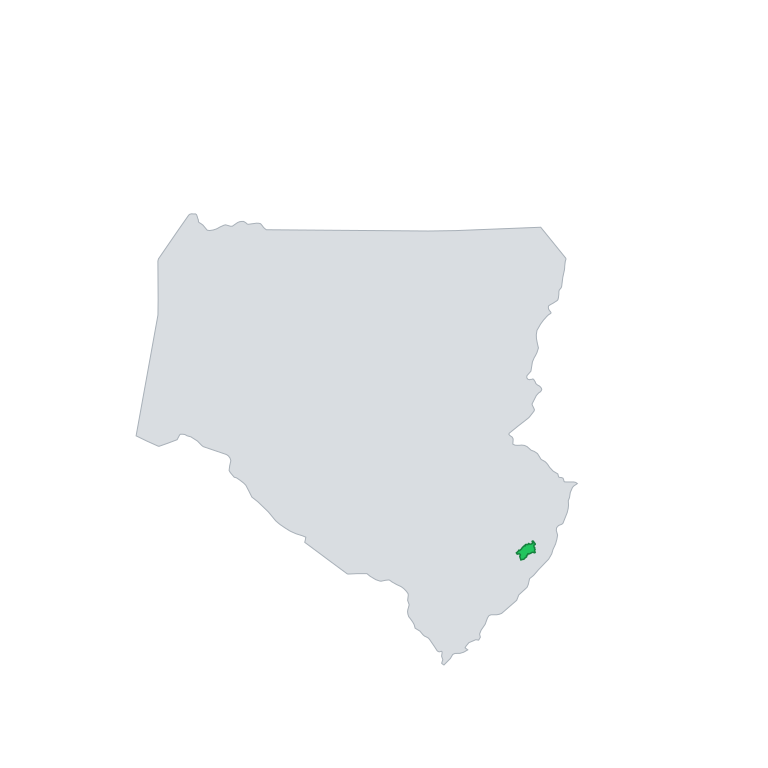 location of Tissemsilt within Algeria, rotated 139°
{"feature_id": "DZA-2206", "entity_name": "Tissemsilt", "entity_type": "Province", "adm_level": 1, "iso_a3": "DZA", "parent_name": "Algeria", "parent_adm1": "", "projection": "equal_earth", "projection_center": [1.694, 35.775], "detail": "fine", "context": "in_parent", "style": "filled", "palette": "green", "viewbox_px": 768, "rotation_deg": 139, "n_neighbors": 0, "source": "natural_earth", "source_scale": "10m", "svg_char_len": 5261}
<svg xmlns="http://www.w3.org/2000/svg" viewBox="0 0 768 768"><g transform="rotate(139 384 384)"><path d="M523.1,132.6L523.5,134.0L523.7,135.4L521.8,136.6L520.5,137.3L519.1,140.8L516.4,143.1L515.9,143.8L515.9,144.5L517.9,145.5L518.6,146.5L518.9,147.9L518.2,152.7L517.2,161.3L517.2,163.1L518.0,165.4L518.8,167.1L519.1,169.1L519.0,173.9L519.9,176.7L520.7,179.3L519.1,182.6L518.5,185.4L518.1,189.5L518.0,192.1L517.0,194.5L515.6,196.7L514.0,198.1L512.1,199.3L509.8,200.9L508.1,205.2L504.2,208.7L503.4,209.9L503.1,212.8L503.3,216.7L504.0,219.8L506.1,224.5L507.9,229.6L508.4,232.2L509.1,233.1L511.5,234.8L515.6,237.1L516.4,238.0L518.5,241.6L520.6,247.9L521.3,252.1L528.8,258.6L535.9,264.2L536.4,265.2L540.7,284.5L542.2,291.4L547.7,316.5L545.7,317.9L543.5,319.7L545.2,323.1L548.6,328.6L550.7,333.1L551.5,335.0L553.2,340.6L554.6,346.0L554.9,347.7L555.5,351.9L555.2,363.4L556.5,378.0L557.9,385.3L556.2,391.9L554.7,398.2L554.9,401.4L555.9,406.3L556.9,410.0L558.2,411.9L558.1,418.1L557.6,420.4L554.0,423.6L549.9,426.6L548.8,429.1L548.6,431.9L549.2,434.2L561.5,455.3L561.9,457.4L562.2,463.3L564.4,470.8L566.6,474.1L567.4,476.5L569.0,478.3L570.5,479.6L571.5,479.7L576.7,477.7L585.9,481.1L594.5,484.5L595.2,485.2L600.5,496.7L605.1,507.5L509.4,584.3L498.9,596.1L474.0,625.1L472.1,626.4L438.9,635.0L421.7,639.3L420.9,639.5L419.9,639.6L419.2,639.5L417.7,638.8L415.9,637.0L414.7,636.1L414.4,634.8L415.1,632.9L415.9,631.3L416.3,630.0L416.9,629.0L417.6,628.2L417.6,627.1L417.0,625.3L416.4,622.7L416.5,618.1L416.5,616.0L414.9,614.2L411.9,612.3L409.1,611.1L407.8,610.7L404.8,610.1L400.5,608.8L399.1,608.0L396.3,603.7L395.0,602.6L388.6,601.9L386.5,601.2L384.8,600.1L383.3,598.8L382.5,596.4L382.3,594.5L381.7,593.6L374.7,589.0L373.0,587.4L372.0,585.9L372.0,583.8L372.2,581.1L371.9,578.8L371.6,577.6L250.2,470.4L243.7,464.9L229.1,452.6L162.9,399.5L164.2,361.7L164.3,359.7L164.7,358.9L166.9,357.5L170.4,354.3L171.7,352.9L173.3,351.5L179.1,347.2L180.3,346.1L185.9,341.1L187.2,340.4L190.1,339.9L191.4,339.0L193.1,337.1L195.6,334.8L197.2,333.7L197.6,333.5L198.6,333.4L203.6,334.1L205.7,334.6L208.2,335.0L209.0,334.7L209.7,334.0L210.7,332.4L210.9,330.6L211.0,328.9L211.2,328.2L211.7,327.9L212.7,328.0L214.2,328.3L217.2,328.2L218.2,328.0L221.7,327.6L226.5,326.5L233.4,324.1L236.8,321.2L239.2,318.2L241.8,313.7L243.8,309.9L247.9,307.4L251.2,306.0L253.2,305.4L257.5,303.3L264.7,297.3L270.6,296.5L271.4,295.9L272.2,294.9L272.3,293.1L271.4,291.8L270.2,291.2L269.3,290.4L268.5,290.3L268.0,289.4L268.3,287.8L268.5,286.3L269.1,284.9L268.9,282.8L268.1,280.7L267.9,279.2L268.0,277.7L268.4,276.5L269.7,275.8L271.1,275.5L273.1,275.8L276.5,275.4L285.4,271.8L286.0,270.6L286.6,268.2L287.3,266.0L288.2,265.3L288.7,265.1L295.8,263.7L297.4,263.6L310.5,264.3L321.7,264.7L322.8,264.2L322.8,262.6L322.1,259.7L322.6,257.8L324.2,256.1L326.2,254.2L325.3,251.9L323.7,250.3L321.5,248.5L320.3,247.7L318.3,245.5L317.1,242.9L316.4,237.5L314.8,234.5L313.8,230.8L314.9,224.0L313.4,219.9L313.2,218.1L313.2,216.0L313.7,212.4L313.5,207.3L311.8,202.1L312.7,200.3L313.1,199.4L313.0,198.6L311.4,196.9L310.7,195.5L311.1,194.2L312.0,192.4L311.9,191.6L309.4,189.3L305.1,185.6L303.9,184.0L303.4,182.0L307.5,182.5L309.6,182.3L314.6,179.9L318.5,176.6L321.5,175.0L324.3,171.4L326.7,169.2L330.2,166.7L340.3,161.5L341.8,161.5L345.1,162.7L348.0,162.3L350.0,160.5L352.1,156.1L355.4,153.4L359.5,150.7L365.1,148.2L368.8,145.8L374.6,143.8L389.2,142.5L396.7,141.4L401.8,141.6L406.9,137.9L409.5,136.7L420.6,136.4L425.8,133.7L445.7,133.7L448.1,134.6L450.5,136.0L454.6,139.6L456.7,140.3L459.3,139.6L465.3,136.3L472.2,134.5L475.9,132.6L477.4,129.7L480.6,128.6L482.5,130.8L489.6,133.1L494.0,132.4L495.9,131.7L495.2,128.4L499.8,129.3L503.4,130.9L507.2,134.1L509.6,134.8L514.0,133.3L523.1,132.6Z" fill="#d9dde1" stroke="#a8b0b8" stroke-width="1"/><path d="M383.9,159.9L385.8,160.5L386.4,161.2L386.6,161.4L386.8,161.5L387.0,161.4L387.4,160.9L387.7,160.8L388.7,161.1L389.0,161.0L389.2,160.8L389.3,160.4L389.5,160.2L389.9,160.0L390.7,160.1L391.8,160.2L392.7,160.0L393.3,160.0L393.8,160.2L394.7,160.8L396.1,161.4L394.7,164.7L394.4,165.0L394.0,165.2L393.6,165.2L393.3,165.4L393.1,165.6L393.0,165.9L393.0,166.3L393.2,166.8L393.6,167.3L394.0,167.6L394.7,167.9L395.0,168.2L395.1,168.4L394.9,169.7L393.0,169.7L392.1,169.8L391.4,170.1L391.2,170.1L391.1,169.9L391.1,169.6L391.0,169.4L390.8,169.3L388.7,169.3L386.9,169.8L384.6,169.9L384.2,169.8L384.0,169.7L383.9,169.6L383.8,169.3L383.6,169.2L383.3,169.3L383.1,169.8L382.8,170.0L382.3,169.9L381.8,169.5L381.1,168.7L380.8,168.4L380.3,168.5L379.9,168.7L379.6,168.8L379.4,168.7L379.3,168.4L379.2,167.8L379.1,167.5L378.9,167.3L378.7,167.1L377.5,166.5L377.0,166.4L376.7,166.3L376.4,166.2L376.2,166.2L376.0,166.5L375.9,166.9L375.7,167.7L375.5,168.0L375.3,168.1L375.1,168.1L374.9,168.0L374.4,167.3L374.7,165.9L374.7,165.4L374.7,164.5L374.8,164.1L375.0,163.8L375.3,163.7L375.6,163.8L376.2,164.0L376.5,164.0L376.7,163.8L377.1,163.5L377.6,162.7L377.8,162.1L377.7,161.7L377.7,161.4L377.9,161.3L378.6,160.8L378.6,160.7L378.6,160.4L378.5,160.1L379.5,159.6L379.8,159.4L379.8,159.2L379.9,158.7L380.3,158.2L380.5,157.8L380.5,157.7L380.8,157.7L381.4,158.1L381.5,158.3L381.5,158.6L381.6,158.8L381.7,159.0L381.9,159.2L382.4,159.6L383.1,159.9L383.4,160.0L383.9,159.9Z" fill="#22c55e" stroke="#15803d" stroke-width="1.5"/></g></svg>